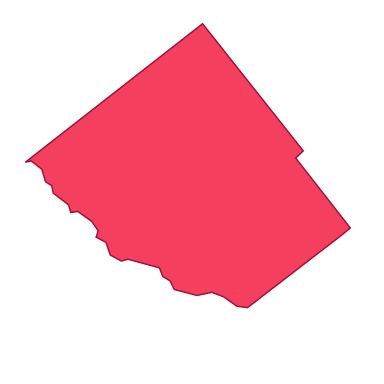 outline of Hopkins, Texas, United States of America, rotated 232°
{"feature_id": "52423323B1297205264682", "entity_name": "Hopkins", "entity_type": "district", "adm_level": 2, "iso_a3": "USA", "parent_name": "United States of America", "parent_adm1": "Texas", "projection": "robinson", "projection_center": [-95.58, 33.169], "detail": "fine", "context": "isolated", "style": "filled", "palette": "rose", "viewbox_px": 384, "rotation_deg": 232, "n_neighbors": 0, "source": "geoboundaries", "source_scale": "gbopen_adm2", "svg_char_len": 523}
<svg xmlns="http://www.w3.org/2000/svg" viewBox="0 0 384 384"><g transform="rotate(232 192 192)"><path d="M318.1,303.9L318.1,79.0L315.4,84.5L302.2,87.6L290.3,82.9L283.3,85.3L276.4,82.0L257.8,86.8L250.5,83.8L247.0,90.0L230.3,94.9L219.1,94.2L215.4,88.6L205.3,93.2L192.6,88.8L181.1,93.8L178.5,100.1L152.2,119.7L143.5,116.9L135.5,120.0L126.1,118.0L107.4,132.3L100.8,145.8L90.1,152.3L74.3,157.1L66.7,164.6L65.9,283.5L66.2,294.6L154.9,294.6L155.9,305.0L318.1,303.9Z" fill="#f43f5e" stroke="#9f1239" stroke-width="1.5"/></g></svg>